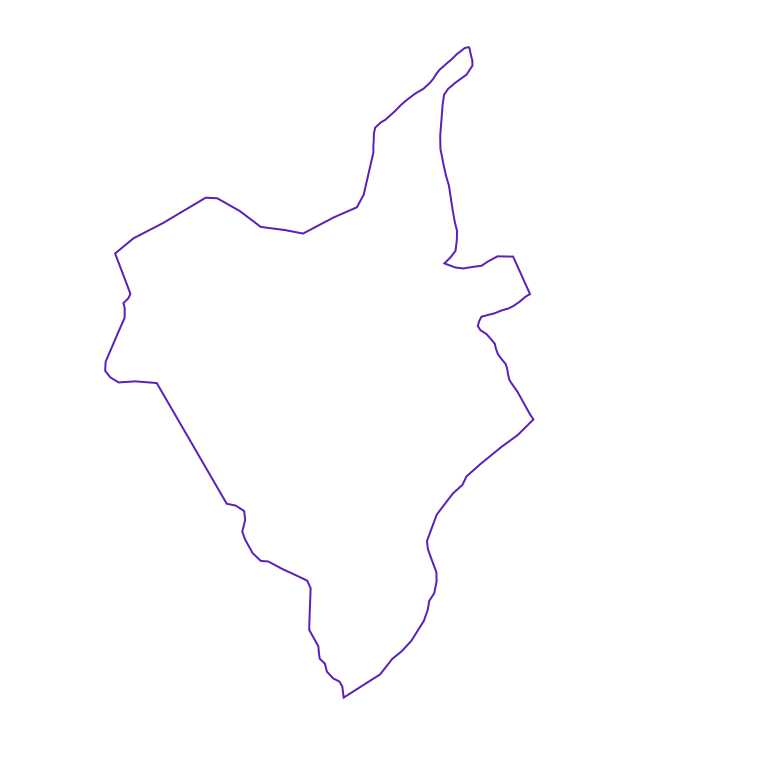 Abba, Nana-Mambéré, Central African Republic, rotated 61°
{"feature_id": "33826404B97851482460311", "entity_name": "Abba", "entity_type": "district", "adm_level": 2, "iso_a3": "CAF", "parent_name": "Central African Republic", "parent_adm1": "Nana-Mambéré", "projection": "natural_earth1", "projection_center": [15.206, 5.282], "detail": "fine", "context": "isolated", "style": "outline", "palette": "violet", "viewbox_px": 768, "rotation_deg": 61, "n_neighbors": 0, "source": "geoboundaries", "source_scale": "gbopen_adm2", "svg_char_len": 2049}
<svg xmlns="http://www.w3.org/2000/svg" viewBox="0 0 768 768"><g transform="rotate(61 384 384)"><path d="M468.3,580.9L479.0,577.5L483.1,571.3L496.8,562.4L508.1,554.1L518.8,546.5L527.1,547.2L543.1,556.9L559.1,566.5L562.7,568.6L578.1,568.6L581.7,568.6L587.6,571.3L593.0,573.4L600.1,571.3L607.8,573.4L616.7,571.3L622.7,567.2L628.6,567.2L638.7,571.3L636.1,528.3L628.5,510.2L626.3,498.1L621.9,484.6L615.6,473.3L610.5,464.0L602.5,455.0L595.7,449.7L591.3,441.5L582.0,433.6L574.0,429.4L560.4,427.4L549.9,425.7L542.2,422.6L523.8,401.2L513.2,377.0L510.2,364.2L504.8,356.7L500.7,338.2L496.1,312.7L493.4,291.6L487.4,270.5L480.9,271.0L471.6,271.0L466.5,271.0L461.9,271.0L455.8,271.0L447.1,271.9L441.5,272.4L436.1,271.0L430.8,269.0L425.7,267.9L418.1,269.3L413.0,269.9L407.4,269.0L402.6,267.6L397.5,268.5L389.9,270.2L383.6,273.6L378.7,273.8L375.1,270.2L372.4,266.2L374.4,258.1L375.8,253.0L376.6,245.9L378.3,238.3L378.5,233.0L377.8,225.7L376.3,218.0L376.1,212.7L335.2,209.3L327.4,222.8L327.2,233.3L327.9,241.4L325.0,248.5L321.4,258.6L316.7,265.1L307.8,272.7L305.3,264.0L302.2,256.9L293.4,250.5L285.6,245.9L277.1,243.7L267.1,240.3L258.6,237.2L241.9,231.0L231.9,228.8L221.4,225.7L205.6,220.6L194.0,214.4L168.0,197.2L160.2,191.3L157.0,185.1L155.1,175.5L153.4,161.7L151.4,158.0L148.5,152.4L144.4,150.1L137.3,148.2L132.0,146.5L130.5,146.5L129.3,150.4L130.8,160.3L132.9,167.9L133.7,172.1L135.4,179.7L136.1,183.1L138.0,187.6L141.2,193.5L142.7,197.5L144.9,206.2L145.1,215.2L145.8,220.6L146.6,226.2L148.0,233.3L150.7,242.3L153.6,255.0L153.6,259.7L155.5,267.4L159.9,271.3L166.2,275.0L171.3,278.3L176.2,280.9L208.5,309.9L216.3,322.0L213.9,347.4L213.2,381.8L201.7,395.6L186.9,415.6L162.8,426.3L140.7,439.8L134.6,449.7L135.6,482.9L136.1,499.8L135.1,532.5L139.5,555.9L161.1,559.0L182.3,562.1L185.2,566.3L186.9,572.7L192.2,574.1L200.5,578.9L208.8,589.9L229.6,616.7L237.3,621.5L245.6,620.1L254.0,615.3L261.1,600.2L273.0,582.3L412.5,579.6L418.4,572.7L427.3,567.9L435.6,571.3L444.5,579.6L452.9,580.9L464.1,580.9L468.3,580.9Z" fill="none" stroke="#5b21b6" stroke-width="2"/></g></svg>